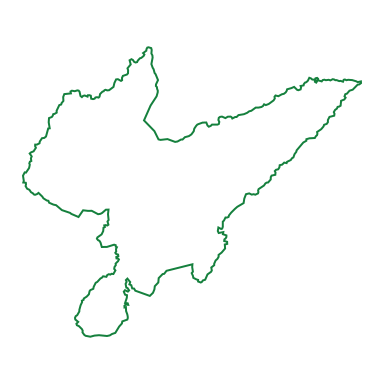 São Sepé, Rio Grande do Sul, Brazil (orthographic projection)
{"feature_id": "56859067B43674987148244", "entity_name": "São Sepé", "entity_type": "district", "adm_level": 2, "iso_a3": "BRA", "parent_name": "Brazil", "parent_adm1": "Rio Grande do Sul", "projection": "orthographic", "projection_center": [-53.605, -30.207], "detail": "fine", "context": "isolated", "style": "outline", "palette": "green", "viewbox_px": 384, "rotation_deg": 0, "n_neighbors": 0, "source": "geoboundaries", "source_scale": "gbopen_adm2", "svg_char_len": 5860}
<svg xmlns="http://www.w3.org/2000/svg" viewBox="0 0 384 384"><path d="M290.8,160.0L291.9,158.3L293.4,157.4L294.5,154.2L296.3,151.8L296.6,150.4L303.3,142.5L306.3,140.8L306.4,139.2L309.5,138.3L314.8,138.0L315.8,136.3L317.0,135.2L317.4,133.9L317.1,132.0L321.2,129.2L323.5,126.5L324.1,124.8L326.7,123.9L327.9,122.2L327.9,120.0L329.5,116.9L334.2,115.7L334.5,113.8L333.8,112.1L335.1,109.9L336.9,108.6L337.6,106.9L339.1,106.6L340.6,105.7L341.1,100.8L344.3,99.5L345.6,97.7L344.5,96.4L345.3,94.2L347.0,93.6L349.5,90.7L352.7,89.7L357.6,84.7L359.3,84.4L361.0,83.1L360.9,81.4L357.7,82.1L356.2,81.3L352.2,80.1L348.2,79.8L346.4,80.2L344.9,79.5L343.7,79.8L343.0,81.7L340.6,80.9L339.2,81.1L336.6,80.1L335.3,80.2L334.2,79.5L332.7,79.2L330.4,80.4L328.7,79.8L325.9,80.2L324.3,79.7L322.7,80.1L321.7,81.4L318.0,80.3L318.1,78.8L317.1,77.9L315.5,78.3L314.9,79.8L312.2,79.5L311.0,78.4L309.3,77.8L307.9,80.7L306.3,82.2L305.0,82.6L303.9,84.0L303.6,85.4L300.6,86.0L301.1,87.4L300.6,89.4L298.4,90.2L297.2,89.9L294.1,86.9L291.4,88.1L287.1,89.3L286.7,90.8L285.7,92.4L283.9,93.8L281.8,94.3L278.4,96.2L275.5,95.5L274.5,96.8L274.8,98.5L273.6,100.4L268.7,104.0L265.8,105.1L264.1,104.3L262.9,106.1L261.4,107.0L258.5,107.6L255.7,107.6L251.3,110.8L249.2,111.3L247.2,112.8L243.9,114.2L238.5,115.1L236.6,117.0L235.2,117.0L232.3,118.5L231.6,117.2L230.6,116.6L227.8,116.7L225.4,118.1L222.0,116.6L220.0,116.9L218.8,117.8L218.4,120.0L219.3,121.9L218.8,124.0L217.5,124.6L212.0,124.6L210.7,125.9L208.8,126.7L207.5,125.5L206.3,122.5L202.6,122.6L198.7,124.0L197.3,124.6L196.2,125.8L194.3,128.6L193.7,131.3L191.4,134.4L188.9,136.1L184.9,137.2L182.6,139.5L181.1,139.5L177.5,141.5L175.1,141.9L167.5,139.1L160.5,139.9L158.5,139.4L154.4,131.1L144.0,120.4L150.6,105.5L156.6,96.3L157.7,92.4L157.8,90.7L157.1,88.8L156.9,87.1L155.9,86.0L156.0,84.4L158.0,80.1L155.6,74.2L154.6,73.0L153.6,69.2L152.7,67.8L151.4,64.1L152.6,57.6L152.4,55.4L151.4,53.5L151.7,50.0L151.2,48.1L148.5,47.3L147.3,47.6L146.5,49.1L146.3,50.7L143.1,53.1L144.4,54.5L143.7,55.9L141.3,57.9L139.9,58.3L137.8,60.6L137.1,62.1L135.6,62.5L134.2,61.9L133.0,60.1L131.5,59.2L129.6,60.3L130.7,64.4L127.5,68.3L128.1,70.2L128.0,73.3L127.0,74.5L122.9,75.9L122.0,77.9L122.1,80.2L121.0,80.9L117.9,79.2L116.1,79.4L114.4,83.0L113.5,86.9L109.1,90.2L107.2,90.4L105.6,89.8L104.5,90.2L103.6,91.3L102.5,91.6L100.1,94.0L99.5,96.7L98.6,97.6L97.0,97.2L95.4,97.5L94.6,98.7L93.0,99.1L91.2,98.7L90.8,95.7L89.4,95.2L87.8,95.3L87.5,96.6L84.7,95.5L83.1,95.9L81.9,97.1L80.5,96.0L79.5,91.6L78.6,90.6L77.3,90.4L74.8,91.2L71.9,90.7L70.5,91.5L70.9,93.4L64.3,94.1L63.2,97.0L63.4,100.9L61.6,103.1L61.2,104.5L59.3,105.1L56.6,110.8L56.7,112.6L54.5,113.9L53.3,114.1L52.7,115.8L51.8,117.0L49.0,118.1L48.7,122.3L49.7,128.3L48.2,128.5L46.0,136.5L44.3,137.9L42.0,138.2L39.8,141.5L39.5,143.3L36.9,144.6L35.2,144.6L35.1,146.1L35.9,147.8L34.9,149.3L33.6,151.3L31.0,152.4L29.7,153.5L31.7,156.4L30.9,158.3L31.3,161.0L29.9,161.7L29.3,163.4L29.8,164.7L29.1,168.0L26.0,172.6L24.7,172.4L23.0,175.7L23.8,180.9L23.3,182.5L25.8,182.8L26.0,184.3L25.6,186.1L27.1,188.7L29.4,189.8L31.0,192.2L32.9,193.3L33.8,194.4L35.0,194.8L37.0,194.1L38.5,192.9L42.3,196.6L43.4,198.3L46.8,200.5L48.4,200.8L49.1,202.7L53.4,204.6L56.1,205.2L61.9,210.1L70.1,212.9L71.3,213.9L78.5,217.0L83.1,210.3L88.2,210.9L91.7,210.8L98.1,214.2L100.5,213.8L102.1,213.0L105.9,209.7L108.5,209.6L108.0,214.2L108.6,220.0L107.5,221.5L108.4,224.7L107.4,225.5L105.6,225.1L104.3,225.4L104.9,227.0L103.5,227.7L103.2,231.1L101.6,234.4L97.4,237.4L96.9,238.7L98.1,240.2L99.4,240.8L100.5,242.5L101.8,247.0L107.0,246.9L114.1,244.7L115.7,245.2L115.8,246.7L116.9,247.2L116.0,249.0L116.2,251.5L115.3,252.8L116.1,253.9L118.1,254.6L118.3,256.2L116.3,257.0L116.5,258.4L117.9,258.5L118.9,259.4L118.1,261.1L115.6,263.6L115.8,265.1L114.5,267.0L114.2,268.9L115.4,270.4L113.4,274.0L111.5,273.8L110.3,274.6L108.9,274.2L107.3,275.0L106.4,276.8L103.1,276.3L101.9,277.7L100.4,278.5L97.3,281.9L95.7,282.8L93.7,286.8L93.3,288.8L90.4,290.1L89.6,291.1L88.9,294.3L86.7,296.6L83.8,298.5L83.6,299.8L81.9,300.7L82.1,302.1L80.6,305.3L79.4,309.7L79.3,311.5L77.2,315.2L75.7,316.2L75.0,317.9L75.3,319.5L78.2,321.9L76.4,323.8L76.9,325.2L79.0,326.2L81.9,329.1L82.7,330.7L82.5,332.4L84.3,334.9L85.6,335.8L90.3,336.7L94.5,335.6L99.0,335.2L107.0,336.0L109.8,335.4L112.0,334.0L115.3,332.9L119.2,326.5L121.9,323.5L122.3,321.4L127.3,319.6L127.8,318.0L127.7,316.4L127.3,314.4L126.1,311.1L125.9,307.2L124.5,307.5L124.4,305.8L125.6,304.6L128.2,304.8L127.7,303.3L125.1,303.0L126.8,297.8L127.0,295.2L125.1,294.7L123.8,291.7L125.0,290.2L127.9,291.6L129.1,290.4L127.5,288.0L126.3,287.6L125.6,283.9L126.6,281.8L125.9,280.1L127.4,278.6L130.2,282.1L129.4,284.4L131.3,285.2L132.2,288.4L134.1,288.6L135.3,290.7L149.8,295.9L153.0,292.8L154.4,289.4L154.8,286.2L158.3,282.5L158.7,278.1L162.6,274.1L164.2,273.8L166.5,270.8L192.4,264.3L192.2,267.1L192.9,271.7L191.7,273.1L193.0,276.0L193.3,277.8L196.6,279.5L198.1,279.9L198.1,281.5L200.8,282.5L202.0,281.8L202.8,280.5L205.2,279.7L207.5,274.4L211.1,271.8L211.8,270.5L211.3,267.5L214.2,265.2L214.2,263.7L215.6,260.5L217.4,258.9L218.6,256.8L218.6,254.9L221.6,252.6L225.1,248.5L224.8,244.5L227.2,243.9L227.1,241.8L224.2,241.0L224.4,239.4L225.7,238.3L226.4,237.0L226.4,235.4L222.9,234.2L223.3,232.1L218.7,233.0L217.8,231.0L218.4,227.5L221.2,229.0L222.2,228.6L222.8,226.8L222.8,221.7L224.0,220.5L225.5,217.5L226.8,217.6L228.5,217.0L229.0,215.4L231.1,212.7L234.9,208.9L237.3,206.8L243.6,203.1L244.3,198.6L246.0,194.2L249.2,193.4L251.7,194.6L253.7,194.2L255.3,194.7L258.0,193.4L258.4,192.1L258.1,190.5L258.6,189.1L264.0,185.5L265.4,183.4L266.7,182.6L268.1,182.5L270.7,179.5L270.8,177.1L271.6,175.6L275.3,174.8L275.5,172.5L274.8,171.1L276.0,169.8L278.2,169.3L279.4,167.4L279.7,165.2L282.2,164.6L284.2,162.6L286.6,163.1L287.1,161.8L290.8,160.0ZM314.9,79.8L316.2,80.3L317.0,81.4L316.2,82.6L314.9,81.8L314.9,79.8Z" fill="none" stroke="#15803d" stroke-width="2"/></svg>